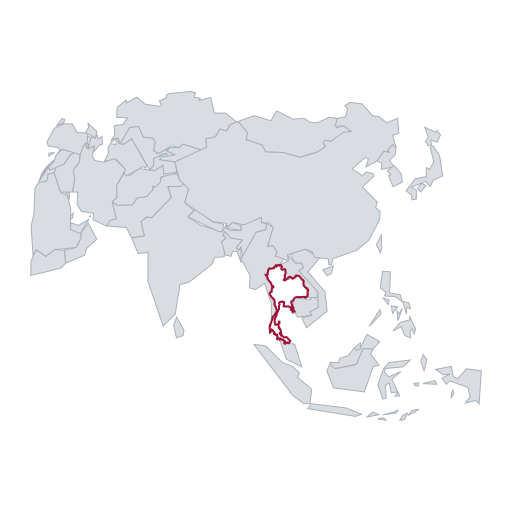 Thailand highlighted on a map of Asia
{"feature_id": "THA", "entity_name": "Thailand", "entity_type": "country or territory", "adm_level": 0, "iso_a3": "THA", "parent_name": "Asia", "parent_adm1": "", "projection": "orthographic", "projection_center": [100.709, 13.031], "detail": "fine", "context": "in_parent", "style": "outline", "palette": "rose", "viewbox_px": 512, "rotation_deg": 0, "n_neighbors": 45, "source": "natural_earth", "source_scale": "50m", "svg_char_len": 18448}
<svg xmlns="http://www.w3.org/2000/svg" viewBox="0 0 512 512"><path d="M236.5,121.8L230.3,124.7L226.6,131.0L220.1,129.1L215.4,136.8L205.7,138.9L206.7,147.1L203.5,150.7L183.0,144.2L179.2,147.6L171.5,145.7L159.0,153.8L153.5,150.6L155.2,141.9L152.9,138.1L143.5,137.5L138.3,126.5L129.8,127.5L120.3,143.7L117.7,138.0L112.0,139.4L114.7,134.9L114.3,125.6L122.9,124.6L127.5,117.9L116.7,117.3L117.2,107.4L126.2,100.0L126.5,102.9L137.0,97.1L145.0,104.1L159.6,106.3L161.5,104.5L159.2,101.0L166.4,97.8L166.4,94.8L168.5,93.7L191.2,91.5L195.5,93.0L194.1,97.1L200.3,98.3L199.0,100.4L210.7,97.5L214.3,113.1L225.3,113.1L236.5,121.8Z" fill="#d9dde1" stroke="#a8b0b8" stroke-width="1"/><path d="M120.3,143.7L129.8,127.5L138.3,126.5L143.5,137.5L152.9,138.1L155.2,141.9L153.5,150.6L157.7,153.7L170.0,147.6L166.8,150.7L175.0,154.9L169.2,157.7L165.1,156.9L166.6,153.4L161.6,153.9L156.6,159.1L153.8,158.4L153.6,165.5L149.8,170.0L131.6,138.9L123.6,144.4L120.3,143.7Z" fill="#d9dde1" stroke="#a8b0b8" stroke-width="1"/><path d="M481.3,370.7L479.1,404.0L475.9,400.5L465.3,403.0L470.2,396.7L467.8,387.4L449.6,380.9L446.4,384.3L442.1,378.2L450.0,374.0L443.3,374.9L435.5,369.4L451.4,366.4L453.1,376.4L457.6,378.8L466.5,368.8L481.3,370.7ZM407.5,413.1L404.5,419.5L399.7,420.5L402.6,415.5L407.5,413.1ZM451.2,397.7L451.0,393.9L452.9,390.1L453.7,393.9L451.2,397.7ZM373.3,348.8L370.5,353.8L379.2,365.4L373.1,366.5L364.4,391.9L333.5,387.9L326.8,370.8L330.6,362.3L335.1,368.6L352.4,365.5L356.6,364.1L362.9,348.6L373.3,348.8ZM422.9,383.6L435.1,380.6L436.7,384.3L422.9,383.6ZM418.0,386.2L414.7,385.6L413.8,383.5L418.7,382.7L418.0,386.2ZM423.2,354.6L426.9,359.6L424.1,370.6L420.8,361.0L423.2,354.6ZM388.7,362.6L410.3,360.0L402.7,366.9L385.2,368.5L384.5,372.5L389.0,376.7L401.0,371.5L391.8,379.1L399.6,396.0L395.1,396.1L397.6,391.7L391.5,392.8L389.1,383.0L385.7,384.9L386.0,398.1L382.8,399.1L377.9,384.8L383.4,369.0L388.7,362.6ZM386.6,420.3L377.7,419.0L382.5,417.6L386.6,420.3ZM382.7,414.9L393.2,412.3L397.7,410.0L396.8,412.9L382.7,414.9ZM372.7,412.1L378.7,414.7L366.6,417.1L372.7,412.1ZM311.3,403.7L345.7,407.9L361.5,414.2L355.5,416.4L307.6,408.6L311.3,403.7ZM297.4,377.3L311.7,389.2L310.0,403.5L304.1,403.8L292.8,395.5L253.9,344.4L265.6,345.9L282.4,362.6L292.4,366.3L299.6,373.0L297.4,377.3Z" fill="#d9dde1" stroke="#a8b0b8" stroke-width="1"/><path d="M407.9,415.5L412.4,410.3L419.0,409.4L407.9,415.5Z" fill="#d9dde1" stroke="#a8b0b8" stroke-width="1"/><path d="M50.2,164.7L44.9,170.5L38.9,181.7L41.9,172.9L48.3,165.0L50.2,164.7Z" fill="#d9dde1" stroke="#a8b0b8" stroke-width="1"/><path d="M54.2,161.2L48.4,164.9L55.0,159.2L54.2,161.2Z" fill="#d9dde1" stroke="#a8b0b8" stroke-width="1"/><path d="M47.4,168.6L43.5,172.9L47.0,167.6L47.4,168.6Z" fill="#d9dde1" stroke="#a8b0b8" stroke-width="1"/><path d="M47.4,168.6L56.4,166.9L54.2,173.0L48.0,174.1L47.6,179.8L40.4,184.3L38.9,181.7L47.4,168.6Z" fill="#d9dde1" stroke="#a8b0b8" stroke-width="1"/><path d="M71.0,222.8L78.7,225.4L89.0,219.1L79.6,234.5L70.3,229.5L71.0,222.8Z" fill="#d9dde1" stroke="#a8b0b8" stroke-width="1"/><path d="M69.4,219.6L70.4,215.8L73.3,213.1L72.7,217.9L69.4,219.6Z" fill="#d9dde1" stroke="#a8b0b8" stroke-width="1"/><path d="M69.3,190.2L69.3,198.5L65.2,194.3L69.3,190.2Z" fill="#d9dde1" stroke="#a8b0b8" stroke-width="1"/><path d="M54.2,173.0L56.4,166.9L64.0,164.0L69.8,155.3L75.9,151.9L80.0,154.4L79.3,162.4L73.3,169.9L74.8,178.6L72.6,191.9L60.4,192.3L54.2,173.0Z" fill="#d9dde1" stroke="#a8b0b8" stroke-width="1"/><path d="M80.6,233.6L88.2,223.2L96.7,239.2L86.6,248.4L84.6,255.1L65.4,263.4L64.5,250.2L76.1,247.5L81.2,237.6L80.6,233.6ZM90.7,216.2L88.9,217.2L90.4,215.7L90.7,216.2Z" fill="#d9dde1" stroke="#a8b0b8" stroke-width="1"/><path d="M292.6,308.9L294.6,297.9L310.5,299.5L312.8,295.8L318.7,301.2L318.2,307.6L309.6,312.0L311.9,315.2L297.5,317.2L292.6,308.9Z" fill="#d9dde1" stroke="#a8b0b8" stroke-width="1"/><path d="M317.4,297.6L306.2,297.5L308.0,290.5L299.3,276.4L284.6,280.4L285.7,270.0L279.8,264.9L288.3,260.8L287.5,254.8L295.3,263.0L301.5,262.9L303.5,267.5L298.9,270.9L316.8,288.5L317.4,297.6Z" fill="#d9dde1" stroke="#a8b0b8" stroke-width="1"/><path d="M279.8,264.9L270.4,268.6L265.9,275.3L273.5,287.5L269.8,293.1L276.9,310.5L271.4,320.9L271.3,303.8L264.6,283.4L255.3,289.7L249.3,287.8L250.3,276.2L241.0,258.6L256.1,232.1L265.7,229.7L266.8,223.6L273.2,227.5L267.6,246.4L272.8,245.5L277.0,251.4L275.5,255.8L285.0,257.3L279.8,264.9Z" fill="#d9dde1" stroke="#a8b0b8" stroke-width="1"/><path d="M301.9,317.9L311.9,315.2L309.6,312.0L318.2,307.6L318.2,292.3L298.9,270.9L303.5,267.5L301.5,262.9L295.3,263.0L290.0,254.0L305.5,249.1L319.3,258.3L307.9,271.9L324.9,291.7L327.2,311.0L306.4,327.9L301.9,317.9Z" fill="#d9dde1" stroke="#a8b0b8" stroke-width="1"/><path d="M396.0,146.9L395.4,154.3L389.4,160.5L394.0,166.8L381.1,169.4L381.9,163.1L377.0,161.0L379.1,157.6L383.8,151.1L389.1,152.2L387.7,149.8L392.7,144.5L396.0,146.9Z" fill="#d9dde1" stroke="#a8b0b8" stroke-width="1"/><path d="M387.3,170.6L394.2,165.5L401.2,173.8L402.3,182.2L393.1,186.8L388.5,175.5L391.1,174.4L387.3,170.6Z" fill="#d9dde1" stroke="#a8b0b8" stroke-width="1"/><path d="M237.9,121.5L254.2,115.7L270.8,120.7L276.7,110.9L293.0,119.2L303.9,118.2L309.9,122.3L317.5,122.7L329.2,117.3L337.3,118.4L336.4,127.9L344.0,125.9L351.2,129.9L330.9,141.4L324.8,140.3L323.3,143.3L325.6,146.5L320.7,150.8L299.8,157.3L283.3,152.5L265.6,152.0L262.1,145.0L246.1,139.7L247.3,132.5L237.9,121.5Z" fill="#d9dde1" stroke="#a8b0b8" stroke-width="1"/><path d="M266.8,223.6L265.7,229.7L256.1,232.1L243.0,255.6L240.9,247.2L238.5,250.5L236.1,247.7L242.4,240.1L230.8,238.1L224.9,231.7L222.9,235.2L226.1,238.1L221.7,241.8L224.5,243.3L224.3,256.8L214.9,257.3L212.0,264.3L189.3,282.0L179.9,284.8L175.2,314.3L163.1,326.0L147.9,281.2L148.1,252.3L138.2,253.6L131.5,237.6L144.3,235.8L140.9,221.6L146.8,216.8L151.5,217.8L171.2,197.5L167.8,186.6L180.7,186.3L185.6,182.6L188.6,188.7L184.8,202.7L193.7,210.3L188.0,217.0L201.2,225.5L222.5,231.8L226.5,223.2L226.5,228.4L230.6,230.5L241.4,230.3L240.2,225.4L261.4,217.3L261.8,222.7L266.8,223.6Z" fill="#d9dde1" stroke="#a8b0b8" stroke-width="1"/><path d="M240.9,247.2L241.1,262.8L237.1,251.6L232.6,251.2L231.1,256.3L225.2,254.9L221.7,241.8L226.1,238.1L222.9,235.2L224.9,231.7L230.8,238.1L242.4,240.1L236.1,247.7L238.5,250.5L240.9,247.2Z" fill="#d9dde1" stroke="#a8b0b8" stroke-width="1"/><path d="M240.2,225.4L241.4,230.3L226.5,228.4L232.6,222.4L240.2,225.4Z" fill="#d9dde1" stroke="#a8b0b8" stroke-width="1"/><path d="M223.6,224.2L222.5,231.8L218.6,231.6L188.0,217.0L195.7,209.2L213.2,221.9L223.6,224.2Z" fill="#d9dde1" stroke="#a8b0b8" stroke-width="1"/><path d="M185.6,182.6L180.7,186.3L167.8,186.6L171.2,197.5L151.5,217.8L146.8,216.8L140.9,221.6L144.3,235.8L131.5,237.6L126.3,227.5L106.9,226.1L110.0,220.4L116.2,218.8L112.1,201.6L117.3,205.3L132.4,204.8L136.9,198.1L146.9,196.4L163.6,175.1L177.1,173.5L179.5,179.9L185.6,182.6Z" fill="#d9dde1" stroke="#a8b0b8" stroke-width="1"/><path d="M138.9,168.5L154.8,170.7L162.9,165.1L163.9,174.0L170.4,171.0L177.1,173.5L160.7,176.9L160.6,181.5L156.1,186.9L152.5,186.2L153.0,189.7L146.9,196.4L136.9,198.1L132.4,204.8L117.3,205.3L112.1,201.6L116.9,197.7L116.5,185.8L124.0,173.4L129.6,175.6L138.9,168.5Z" fill="#d9dde1" stroke="#a8b0b8" stroke-width="1"/><path d="M149.8,170.0L153.6,165.5L153.8,158.4L166.6,153.4L166.6,156.9L159.9,159.6L174.9,161.9L176.9,172.1L163.9,174.0L162.9,165.1L154.8,170.7L149.8,170.0Z" fill="#d9dde1" stroke="#a8b0b8" stroke-width="1"/><path d="M170.0,147.6L179.2,147.6L183.0,144.2L203.5,150.7L174.9,161.9L159.9,159.6L161.2,156.9L175.0,154.9L166.8,150.7L170.0,147.6Z" fill="#d9dde1" stroke="#a8b0b8" stroke-width="1"/><path d="M112.0,139.4L117.7,138.0L118.8,143.6L123.6,144.4L131.6,138.9L146.8,165.4L145.6,168.3L143.4,166.4L126.7,175.8L124.0,173.4L125.4,169.3L116.6,159.6L104.4,161.2L108.5,153.1L107.9,147.3L110.7,143.7L116.0,144.6L116.2,138.7L111.1,142.5L112.0,139.4Z" fill="#d9dde1" stroke="#a8b0b8" stroke-width="1"/><path d="M72.6,191.9L74.8,178.6L73.3,169.9L79.3,162.4L80.9,150.4L84.7,143.7L87.5,148.4L94.6,146.0L92.2,156.0L94.9,160.5L103.6,162.2L114.6,158.7L125.4,169.3L116.5,185.8L116.9,197.7L112.1,201.6L116.2,218.8L110.0,220.4L106.9,226.1L93.0,219.8L93.5,213.3L81.5,211.4L77.2,204.5L77.5,192.1L72.6,191.9Z" fill="#d9dde1" stroke="#a8b0b8" stroke-width="1"/><path d="M48.5,167.3L54.2,161.2L56.2,155.0L61.8,149.3L74.5,152.2L69.8,155.3L64.0,164.0L49.7,170.2L48.5,167.3Z" fill="#d9dde1" stroke="#a8b0b8" stroke-width="1"/><path d="M88.5,148.5L86.0,139.7L88.3,136.0L92.0,138.7L88.5,148.5Z" fill="#d9dde1" stroke="#a8b0b8" stroke-width="1"/><path d="M80.0,154.4L61.8,149.3L57.8,153.3L60.2,149.6L58.0,147.7L48.2,146.0L47.0,141.9L54.2,128.4L63.7,123.7L72.4,124.0L77.2,132.5L87.7,133.1L87.1,143.0L84.7,143.7L80.0,154.4ZM62.1,118.5L64.8,119.4L63.6,123.1L56.7,125.6L62.1,118.5Z" fill="#d9dde1" stroke="#a8b0b8" stroke-width="1"/><path d="M184.0,330.2L183.0,335.6L176.5,337.9L173.7,325.7L176.5,317.2L184.0,330.2Z" fill="#d9dde1" stroke="#a8b0b8" stroke-width="1"/><path d="M327.3,275.9L322.7,269.8L333.3,265.7L331.5,273.2L327.3,275.9ZM174.9,161.9L206.7,147.1L205.7,138.9L215.4,136.8L220.1,129.1L226.6,131.0L230.3,124.7L237.9,121.5L247.3,132.5L246.1,139.7L262.1,145.0L265.6,152.0L283.3,152.5L299.8,157.3L316.4,152.6L325.6,146.5L323.3,143.3L324.8,140.3L330.9,141.4L343.4,132.2L351.2,131.5L344.0,125.9L335.1,126.2L337.3,118.4L345.5,116.7L347.6,108.7L344.8,105.6L350.0,102.4L362.0,103.9L372.7,115.8L378.7,116.5L386.9,122.9L397.6,118.2L398.9,133.5L392.5,135.2L396.0,146.9L392.7,144.5L387.7,149.8L389.1,152.2L383.8,151.1L377.0,161.0L365.9,167.0L368.4,159.4L365.7,157.1L352.2,168.8L362.5,175.8L366.2,172.0L372.8,173.5L374.0,175.9L362.5,187.0L377.3,202.1L375.6,207.5L380.0,211.4L379.7,219.8L368.9,240.0L357.0,250.1L332.8,258.7L331.5,264.4L328.8,264.8L328.3,258.9L314.3,257.1L312.5,251.9L305.5,249.1L287.5,254.8L288.3,260.8L275.5,255.8L277.0,251.4L272.8,245.5L267.6,246.4L273.2,227.5L269.6,223.2L261.8,222.7L261.4,217.3L244.0,224.9L232.6,222.4L226.5,227.3L226.5,223.2L213.2,221.9L184.8,202.7L188.6,188.7L179.5,179.9L174.9,161.9Z" fill="#d9dde1" stroke="#a8b0b8" stroke-width="1"/><path d="M381.4,235.0L381.8,248.3L380.4,252.7L376.3,244.7L381.4,235.0Z" fill="#d9dde1" stroke="#a8b0b8" stroke-width="1"/><path d="M97.0,134.7L98.3,138.9L102.0,136.5L102.3,144.7L100.0,144.5L93.3,152.4L94.6,146.0L88.5,148.5L89.5,142.8L91.9,136.3L94.9,138.3L97.0,134.7ZM87.5,148.4L86.3,147.3L87.1,143.0L88.6,144.8L87.5,148.4Z" fill="#d9dde1" stroke="#a8b0b8" stroke-width="1"/><path d="M88.1,123.2L96.7,131.3L95.6,137.9L85.3,132.5L88.6,127.6L88.1,123.2Z" fill="#d9dde1" stroke="#a8b0b8" stroke-width="1"/><path d="M388.2,304.5L383.1,298.1L389.2,299.8L388.2,304.5ZM397.9,320.7L397.0,310.8L399.1,313.9L402.3,308.4L397.9,320.7ZM409.3,315.7L415.6,328.8L414.2,333.8L412.2,328.6L410.1,331.5L410.5,337.9L404.7,335.4L401.2,326.8L393.1,331.0L400.4,322.3L409.9,319.8L409.3,315.7ZM381.0,314.0L369.0,326.6L379.9,309.7L381.0,314.0ZM390.4,271.9L389.6,293.0L400.5,294.9L401.8,301.5L395.7,296.6L384.4,295.9L385.9,292.2L380.3,287.9L382.5,271.1L390.4,271.9ZM392.5,313.6L391.4,305.9L397.5,307.0L392.5,313.6ZM408.7,302.8L410.6,308.6L406.8,307.6L406.3,314.0L402.7,301.3L408.7,302.8Z" fill="#d9dde1" stroke="#a8b0b8" stroke-width="1"/><path d="M279.5,339.5L294.8,344.5L301.7,366.8L286.4,359.2L279.5,339.5ZM373.3,348.8L362.9,348.6L356.6,364.1L335.1,368.6L331.5,365.8L330.6,362.3L338.5,362.8L339.6,358.3L348.1,355.8L354.3,347.9L360.2,348.7L367.0,334.4L379.7,341.6L373.3,348.8Z" fill="#d9dde1" stroke="#a8b0b8" stroke-width="1"/><path d="M360.6,342.7L360.2,348.7L356.7,350.5L354.3,347.9L360.6,342.7Z" fill="#d9dde1" stroke="#a8b0b8" stroke-width="1"/><path d="M439.6,155.7L442.8,175.8L433.3,180.2L430.1,186.6L425.6,181.5L411.4,187.2L416.4,190.3L416.3,199.1L411.9,199.8L411.6,195.2L406.1,190.8L415.1,178.8L426.1,176.6L426.5,167.5L429.7,169.4L433.8,161.7L430.2,147.4L433.0,145.9L439.6,155.7ZM436.2,132.5L437.0,130.3L440.5,135.0L437.0,142.1L430.7,140.0L431.6,145.2L428.2,145.9L425.5,141.5L428.3,136.9L424.7,127.2L436.2,132.5ZM417.3,188.5L421.7,183.3L425.8,185.5L421.0,191.9L417.3,188.5Z" fill="#d9dde1" stroke="#a8b0b8" stroke-width="1"/><path d="M64.5,250.2L65.4,263.4L61.0,268.1L30.7,275.5L31.1,261.2L36.2,249.6L45.9,256.3L54.6,249.6L64.5,250.2Z" fill="#d9dde1" stroke="#a8b0b8" stroke-width="1"/><path d="M38.6,182.4L45.3,181.7L47.6,179.8L48.0,174.1L54.2,173.0L60.4,192.3L67.5,195.5L70.8,209.3L70.3,229.5L80.6,233.6L81.2,237.6L76.1,247.5L54.6,249.6L45.9,256.3L36.2,249.6L33.0,255.4L31.1,226.4L33.9,213.7L35.0,188.4L38.6,182.4Z" fill="#d9dde1" stroke="#a8b0b8" stroke-width="1"/><path d="M54.5,152.6L48.7,156.1L49.0,153.1L54.5,152.6Z" fill="#d9dde1" stroke="#a8b0b8" stroke-width="1"/><path d="M279.8,265.4L279.8,265.7L279.9,265.8L280.1,265.6L280.3,265.3L280.6,265.1L280.8,265.0L281.1,265.3L281.4,265.8L281.7,266.1L281.8,266.2L281.9,266.4L282.0,266.6L281.8,267.1L281.2,268.4L281.3,269.0L281.8,269.5L282.4,269.8L283.0,269.7L283.3,269.5L283.6,269.3L283.8,269.2L284.1,269.2L285.0,269.3L285.3,269.5L285.4,269.8L285.3,270.7L285.4,271.3L285.7,272.0L285.7,272.5L285.1,274.5L284.6,275.2L284.5,275.4L284.5,275.6L285.0,276.2L285.0,276.6L285.0,277.0L284.9,277.6L283.8,280.0L284.1,280.2L284.8,280.5L285.1,280.4L286.4,279.3L287.2,278.7L287.8,278.3L288.1,278.0L288.2,277.6L288.5,277.4L288.7,277.5L289.1,277.3L289.6,276.8L289.9,276.6L290.1,276.7L290.6,276.9L291.2,277.5L291.7,277.8L292.2,277.9L292.4,278.1L292.4,278.4L292.5,278.6L292.8,278.7L293.0,278.3L293.5,278.0L294.0,277.8L294.4,277.8L294.7,277.6L294.9,277.0L295.2,276.5L295.5,276.3L295.8,276.2L295.7,275.9L295.7,275.7L295.9,275.5L296.3,275.4L296.9,275.5L297.7,275.6L298.5,276.0L299.0,276.1L299.3,276.0L299.8,276.5L300.6,277.7L301.2,278.6L301.8,279.2L302.4,279.7L303.0,280.0L303.4,280.5L303.8,281.3L303.5,282.5L303.5,283.6L303.5,284.8L303.9,285.8L304.6,286.5L305.0,287.0L305.1,287.4L305.6,287.8L306.6,288.0L307.0,288.3L306.8,288.6L306.8,288.8L307.0,289.2L307.3,289.4L307.8,289.6L308.1,289.8L308.2,290.1L308.2,290.4L308.1,291.0L307.9,291.4L307.6,291.7L307.5,292.2L307.5,292.9L307.8,293.4L307.8,293.9L307.7,294.4L307.6,295.8L307.5,296.1L307.2,296.4L306.8,296.7L305.9,297.2L305.5,297.8L305.3,297.8L305.1,297.6L305.0,297.4L304.9,297.0L304.4,296.8L303.9,296.7L302.0,297.1L301.1,296.9L299.8,297.2L298.5,297.1L297.8,296.8L297.5,296.9L296.9,297.1L295.7,297.3L294.9,297.8L294.2,298.4L294.1,298.8L293.3,300.0L292.8,300.7L292.4,301.0L292.5,301.2L292.4,301.4L291.3,301.5L291.2,301.6L291.3,303.0L291.4,303.5L292.0,304.4L292.1,305.4L292.2,306.3L292.8,306.8L293.5,307.6L293.3,308.5L293.4,309.4L294.5,311.4L294.4,311.4L294.2,311.1L293.7,310.5L293.6,309.8L293.0,309.1L292.7,308.8L292.4,309.3L291.4,308.5L290.9,307.8L290.8,308.1L290.3,307.5L289.7,307.0L289.0,306.7L288.7,306.5L288.1,306.2L286.6,306.6L284.8,306.3L284.1,306.6L283.8,306.4L283.6,306.1L283.8,305.5L283.8,304.4L284.0,303.5L283.9,302.9L284.1,302.2L283.8,302.1L282.5,301.8L282.2,301.5L281.9,301.8L280.3,301.9L279.7,302.2L279.2,302.6L279.0,303.2L279.4,303.6L279.6,304.3L279.0,305.8L278.9,306.2L279.1,308.0L279.0,309.0L278.7,309.6L278.2,310.2L278.0,311.2L277.6,311.7L277.1,312.8L276.8,314.1L276.5,314.7L276.4,315.8L275.3,317.6L275.0,318.5L274.7,318.9L274.8,319.2L274.8,319.7L274.6,322.0L274.8,322.6L275.3,323.7L275.2,324.1L275.1,324.5L275.5,324.8L275.8,324.8L277.6,324.3L278.2,324.4L278.5,325.4L278.8,327.7L279.0,328.2L279.7,329.0L279.9,329.0L279.9,328.6L280.2,329.1L280.5,329.9L281.4,334.3L281.9,335.5L281.4,335.2L281.2,334.2L281.1,333.8L280.9,333.7L280.5,333.7L280.8,333.2L280.7,332.8L280.4,332.5L279.9,332.8L279.9,333.5L280.1,334.0L281.0,335.2L281.3,335.7L281.6,335.8L282.1,335.7L283.2,336.7L284.4,337.4L285.2,337.3L286.0,337.1L286.5,337.2L287.0,337.4L287.6,338.0L288.6,339.4L290.2,340.7L290.0,341.0L290.0,341.5L289.3,342.1L289.2,342.4L289.0,342.9L288.6,343.2L288.2,343.2L287.8,343.1L287.6,342.6L287.3,342.5L285.7,343.1L285.4,343.7L285.1,343.9L284.3,343.2L284.3,342.8L284.8,342.2L284.8,341.8L284.8,341.1L284.6,340.7L284.3,340.6L283.7,340.7L283.4,340.2L283.2,339.7L282.8,339.4L282.4,339.6L280.9,339.1L280.4,338.4L280.2,338.3L279.9,338.6L279.8,339.4L279.7,339.6L278.3,338.0L277.4,337.3L277.5,336.1L277.3,335.8L276.9,335.8L276.6,335.5L276.9,334.8L276.5,334.9L276.0,334.9L275.6,334.7L275.3,333.6L275.1,333.3L274.7,332.8L274.1,332.8L273.9,332.5L274.0,331.9L273.6,331.5L273.0,331.2L272.6,331.0L272.2,329.9L271.5,329.4L271.1,329.6L270.9,330.0L270.7,330.3L270.3,330.3L270.0,330.1L269.7,329.0L269.6,328.4L269.7,327.2L270.2,326.1L270.4,324.4L270.8,323.3L271.1,322.9L271.5,321.4L272.2,319.6L272.4,318.7L272.6,318.3L272.6,317.6L272.5,317.0L272.7,316.8L273.9,315.7L274.8,314.7L276.3,312.0L276.5,311.9L276.8,311.6L277.0,311.2L276.6,309.4L276.3,308.9L275.9,307.4L276.0,307.0L275.8,306.7L275.4,306.4L275.0,305.9L274.8,305.2L274.8,304.7L274.5,304.4L274.4,304.0L274.8,303.3L274.8,301.9L274.6,300.7L274.0,299.4L273.6,298.9L271.7,297.2L270.0,294.8L269.8,293.9L269.7,293.0L269.8,292.7L270.0,292.5L270.3,292.3L270.5,292.3L271.1,291.9L271.6,291.9L271.7,291.6L271.7,290.8L271.7,289.7L271.9,288.1L273.1,287.5L273.3,287.2L273.4,286.8L273.4,286.5L273.3,286.3L273.2,286.2L272.4,286.8L272.3,286.7L271.9,285.7L271.3,284.5L271.3,283.6L271.2,283.2L270.2,282.3L267.9,279.4L267.5,278.8L267.4,278.6L267.7,278.0L267.6,277.5L267.2,276.7L267.1,276.3L267.1,276.1L266.6,276.1L266.2,275.7L265.8,274.9L266.4,275.0L266.6,275.0L266.9,274.8L267.6,274.6L267.8,274.4L267.6,272.7L267.6,272.4L268.1,271.7L268.0,270.9L268.2,269.9L268.7,269.2L269.1,268.9L269.2,268.4L269.4,268.3L269.7,268.3L270.3,268.7L271.0,268.7L271.6,268.6L273.0,268.3L273.8,268.3L274.0,268.1L274.1,267.8L274.3,266.9L274.4,266.7L274.6,266.5L274.9,266.5L275.2,266.5L275.6,266.7L275.9,266.7L276.5,266.5L276.6,266.3L276.7,266.1L276.7,265.7L276.5,265.2L277.4,265.4L277.8,265.4L278.1,265.3L278.7,264.8L279.0,264.9L279.8,265.4ZM270.6,331.8L270.5,332.2L270.3,332.2L270.1,332.4L270.0,332.5L269.8,331.7L270.0,330.5L270.1,330.4L270.3,330.7L270.7,330.8L270.5,331.5L270.6,331.8ZM279.4,322.8L279.4,323.1L279.3,323.5L278.8,323.7L278.7,323.4L278.7,323.0L278.8,322.9L279.3,322.9L279.4,322.8ZM291.8,309.9L291.8,310.1L291.6,310.0L291.2,310.0L291.0,309.2L291.5,309.5L291.8,309.9ZM277.2,339.2L276.9,338.8L277.2,338.2L277.4,338.9L277.2,339.2ZM271.6,331.6L271.2,330.7L271.6,331.0L271.6,331.6ZM279.4,322.2L279.4,322.3L279.2,322.2L279.0,321.7L279.3,321.7L279.4,322.0L279.4,322.2ZM274.1,333.5L274.3,334.1L274.1,334.0L273.9,333.7L274.0,333.2L274.1,333.5ZM292.8,311.6L292.7,312.2L292.4,311.9L292.4,311.7L292.6,311.5L292.8,311.6ZM270.1,325.6L269.8,325.7L269.9,325.2L270.1,325.2L270.1,325.5L270.1,325.6Z" fill="none" stroke="#9f1239" stroke-width="2"/></svg>